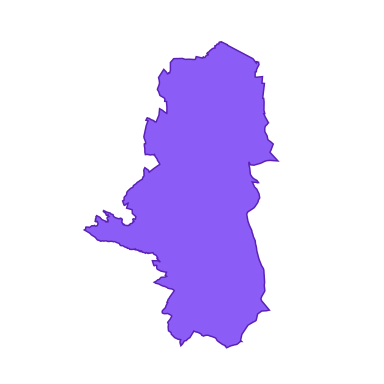 Batos, Mures, Romania, rotated 191°
{"feature_id": "2599482B32614611186609", "entity_name": "Batos", "entity_type": "district", "adm_level": 2, "iso_a3": "ROU", "parent_name": "Romania", "parent_adm1": "Mures", "projection": "equal_earth", "projection_center": [24.65, 46.876], "detail": "fine", "context": "isolated", "style": "filled", "palette": "violet", "viewbox_px": 384, "rotation_deg": 191, "n_neighbors": 0, "source": "geoboundaries", "source_scale": "gbopen_adm2", "svg_char_len": 6079}
<svg xmlns="http://www.w3.org/2000/svg" viewBox="0 0 384 384"><g transform="rotate(191 192 192)"><path d="M242.9,206.9L243.4,205.2L243.4,203.5L242.8,202.1L242.6,200.5L242.1,198.8L242.9,197.6L242.8,197.0L243.2,196.2L243.2,195.0L245.2,193.4L246.0,192.4L247.6,191.0L248.5,189.4L250.7,187.2L250.9,185.4L253.0,183.8L255.5,180.3L255.8,179.4L255.9,178.4L255.7,177.3L256.0,176.4L257.6,173.9L257.2,171.0L258.4,170.0L256.4,166.4L255.8,166.0L255.1,166.4L254.0,168.0L252.6,168.8L253.1,163.7L247.6,163.2L247.3,163.0L246.5,159.6L242.4,157.1L242.4,154.6L244.5,154.5L244.9,153.8L244.7,153.3L243.4,152.3L243.3,151.9L244.3,151.4L244.2,151.0L244.7,150.0L246.3,149.1L247.0,148.3L246.8,147.7L247.7,147.5L248.1,146.9L250.7,146.6L251.8,146.7L252.9,147.5L253.1,147.3L252.8,146.8L253.1,146.8L255.2,149.0L255.1,149.9L255.4,150.5L255.1,151.3L255.3,151.8L256.0,152.5L257.1,152.6L257.0,152.3L258.8,151.8L261.9,152.1L263.5,152.6L264.6,153.5L264.9,154.3L265.4,154.8L267.3,154.9L267.8,155.5L268.3,155.7L272.4,156.1L274.1,156.7L274.6,156.5L275.1,156.9L275.4,156.3L275.2,155.9L273.1,154.8L272.3,154.0L271.7,152.9L270.9,152.8L270.0,153.5L269.7,152.6L268.8,152.0L270.2,151.1L270.4,150.5L270.2,149.5L269.3,148.8L269.4,148.2L268.8,147.9L269.0,147.2L268.8,146.7L271.0,146.2L271.2,146.4L270.8,146.8L275.1,147.7L277.6,149.6L281.1,150.6L281.6,149.3L281.3,148.9L281.3,147.9L281.5,147.6L281.4,147.2L281.6,146.9L281.4,146.5L281.3,145.9L281.6,144.9L280.9,144.5L280.1,144.9L279.6,144.5L279.2,144.8L278.2,143.1L278.5,141.1L279.8,140.1L280.6,140.1L281.2,140.6L282.5,139.9L283.8,139.8L285.9,137.6L287.0,137.7L289.3,137.4L289.5,137.2L289.4,135.2L290.5,134.2L284.7,132.2L282.5,130.7L278.6,129.2L275.7,126.9L273.4,126.7L272.7,126.3L271.9,126.3L270.9,127.0L269.4,126.9L267.1,127.7L265.4,127.4L263.8,127.6L262.6,128.1L261.1,128.3L259.5,128.2L258.4,128.6L255.8,127.9L254.4,127.8L253.6,127.6L252.8,126.5L251.7,125.8L249.6,126.1L247.5,125.2L245.2,125.1L244.9,124.5L242.9,124.5L242.4,124.2L242.2,123.9L240.6,124.0L238.1,124.7L237.3,124.6L237.0,124.8L236.9,125.3L236.3,125.0L236.3,124.5L235.3,124.6L234.2,124.4L233.6,124.7L233.2,124.6L232.7,123.9L231.8,124.3L231.6,123.8L230.5,124.4L230.5,123.7L229.4,123.8L228.9,123.4L228.4,123.6L227.3,123.4L225.8,123.0L225.5,123.8L225.1,123.9L224.7,123.9L223.6,123.3L223.3,123.3L223.1,123.8L222.1,123.8L218.8,125.0L218.5,124.5L217.4,123.6L215.0,123.0L213.0,120.8L213.8,120.3L213.0,119.3L211.0,118.2L209.7,117.2L212.3,118.0L217.8,117.0L215.6,112.8L215.0,112.4L213.6,113.1L212.9,113.2L212.5,112.9L212.3,111.3L211.9,110.3L211.2,109.5L210.4,109.3L207.3,108.4L201.8,108.3L202.0,107.8L202.0,105.8L202.4,105.2L200.8,104.4L202.3,103.3L205.9,102.4L206.7,101.4L207.3,100.0L208.8,99.3L210.1,97.6L211.9,96.2L210.1,95.5L207.3,95.4L203.1,94.2L201.0,94.1L198.5,93.6L197.1,92.9L194.3,92.9L193.8,93.1L191.4,92.4L190.6,91.7L194.0,84.2L194.2,83.1L194.8,82.4L195.5,78.7L194.8,78.6L195.8,75.5L196.0,73.5L198.3,70.0L198.5,69.2L198.1,67.7L197.1,67.3L195.5,67.3L192.6,68.1L189.2,67.1L188.2,66.4L189.1,63.1L191.0,59.4L189.8,57.6L189.7,55.0L188.6,51.3L186.2,50.2L185.5,49.6L185.2,48.5L181.3,45.8L177.6,44.8L174.9,44.9L175.2,43.2L175.1,42.2L174.9,41.4L174.2,40.9L174.3,40.3L173.6,39.0L172.3,41.0L171.2,44.0L170.5,44.6L169.4,45.0L167.7,47.4L166.3,48.6L163.6,55.9L162.1,55.4L159.6,55.4L156.7,54.6L155.6,54.0L155.0,53.2L153.2,52.8L151.9,53.6L150.0,54.3L148.4,54.4L146.7,54.0L145.4,54.0L141.3,53.3L140.6,52.9L139.1,51.1L137.6,50.2L133.0,48.2L130.0,47.5L130.1,47.2L128.3,45.7L124.7,48.3L120.9,50.2L119.8,50.5L118.3,51.5L116.1,54.3L115.5,54.7L114.8,54.8L116.0,55.6L115.9,61.7L111.6,72.0L107.5,75.7L105.7,77.0L104.8,77.9L104.5,78.6L104.3,84.8L100.8,88.5L96.4,89.6L93.5,90.8L102.9,98.5L104.0,100.3L103.6,102.8L101.7,108.4L101.7,109.2L103.2,113.9L103.5,117.3L106.6,129.0L107.3,130.4L109.8,133.2L113.5,139.0L117.1,146.5L118.3,150.2L119.8,153.4L120.7,156.3L123.3,160.0L124.3,162.2L125.3,163.8L126.0,165.7L129.3,170.2L131.6,174.2L134.0,180.5L134.0,181.2L133.5,183.0L128.2,188.2L127.4,189.6L125.5,194.1L125.2,195.9L125.3,196.6L124.4,199.1L125.9,203.1L126.8,204.2L128.9,207.1L131.5,208.8L134.7,213.3L133.6,213.2L131.2,213.8L129.6,213.5L128.5,213.9L130.4,215.7L133.5,216.7L135.5,217.8L137.6,219.9L138.2,220.9L139.9,226.5L141.6,230.4L141.8,231.9L141.5,232.0L140.4,230.4L139.6,229.8L136.2,230.2L130.0,233.4L126.2,236.2L124.4,237.1L121.6,237.9L113.6,238.9L123.1,245.9L122.5,248.0L121.4,254.6L124.5,256.4L127.0,257.5L127.5,258.1L127.9,258.6L128.8,261.2L132.0,265.1L132.7,268.2L132.7,269.8L132.2,271.3L131.2,272.5L130.6,274.0L130.1,274.5L134.5,279.7L136.5,282.6L135.5,282.9L137.0,286.0L138.4,294.0L139.5,297.6L140.5,297.5L141.6,312.4L144.1,312.2L144.8,318.7L150.8,316.9L152.0,317.0L152.9,321.9L151.8,322.3L152.0,324.5L151.3,327.3L150.5,329.7L151.4,332.1L152.1,331.9L153.0,332.4L153.7,332.2L153.4,331.3L153.5,330.8L157.6,334.5L184.8,342.7L185.2,342.8L185.3,343.3L191.8,345.0L191.9,344.5L193.0,344.7L194.0,344.0L193.9,342.6L194.0,342.3L195.5,342.1L196.1,340.6L197.5,339.7L197.3,339.1L196.9,338.4L196.8,337.8L197.4,337.5L197.9,337.5L199.2,336.7L201.3,334.3L202.2,332.7L203.3,331.8L203.7,330.8L202.4,330.4L202.3,329.7L204.0,328.8L204.9,326.6L205.7,326.3L206.6,326.8L206.9,326.5L207.1,325.5L213.7,325.7L214.0,323.0L214.8,322.5L220.1,321.8L224.1,320.9L226.8,321.3L235.4,319.4L237.9,315.0L236.4,307.3L236.7,304.5L237.6,304.6L238.1,303.5L238.6,303.3L239.9,304.7L243.1,307.0L246.7,297.9L245.6,295.7L244.7,292.8L244.8,290.7L245.5,286.8L245.5,285.9L243.8,284.1L242.1,280.9L241.6,280.5L237.7,279.2L236.7,278.6L236.3,277.8L236.1,275.8L234.2,275.9L233.9,274.2L232.8,270.5L231.8,264.9L231.8,264.4L234.7,265.5L236.4,266.5L239.7,267.6L239.1,261.2L240.6,253.9L242.0,253.9L242.4,254.3L243.1,254.4L243.3,254.8L245.9,255.2L248.1,256.1L249.3,256.0L249.9,256.3L250.1,256.3L250.5,255.2L250.9,253.6L248.8,253.6L249.6,248.3L249.8,237.3L249.4,236.0L247.4,232.8L246.9,231.4L246.7,230.5L247.9,230.2L247.8,228.9L246.5,225.2L245.8,221.9L244.9,219.8L243.3,220.4L239.8,220.4L238.2,221.1L236.8,221.0L236.1,221.7L234.9,219.9L232.6,217.8L232.0,216.6L229.4,213.9L228.9,213.0L234.0,207.7L237.8,203.3L238.8,205.0L242.9,206.9Z" fill="#8b5cf6" stroke="#5b21b6" stroke-width="1.5"/></g></svg>